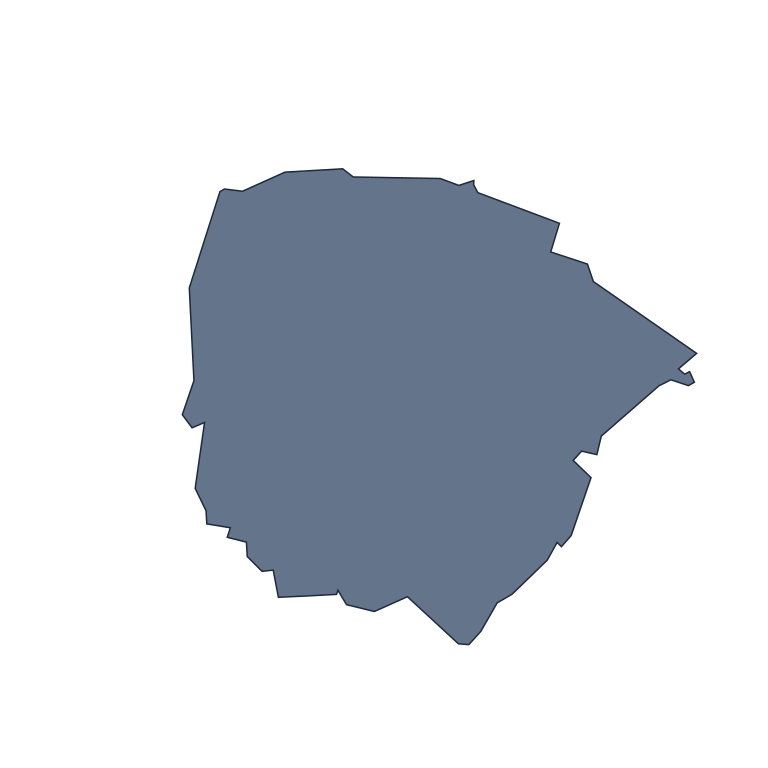 Cumberland, Tennessee, United States of America, rotated 217°
{"feature_id": "52423323B38317111384008", "entity_name": "Cumberland", "entity_type": "district", "adm_level": 2, "iso_a3": "USA", "parent_name": "United States of America", "parent_adm1": "Tennessee", "projection": "equal_earth", "projection_center": [-85.048, 35.958], "detail": "fine", "context": "isolated", "style": "filled", "palette": "slate", "viewbox_px": 768, "rotation_deg": 217, "n_neighbors": 0, "source": "geoboundaries", "source_scale": "gbopen_adm2", "svg_char_len": 891}
<svg xmlns="http://www.w3.org/2000/svg" viewBox="0 0 768 768"><g transform="rotate(217 384 384)"><path d="M441.3,165.6L420.2,176.7L416.9,167.2L398.7,174.9L389.4,163.9L368.6,161.0L360.5,168.7L340.0,150.1L317.4,168.8L295.3,187.4L296.6,191.5L281.1,185.2L254.8,196.5L237.3,228.2L168.2,221.3L159.4,226.9L157.8,244.7L161.9,277.3L155.2,293.2L147.6,341.6L150.4,361.6L144.4,360.9L143.3,375.6L162.3,433.8L186.9,436.8L185.8,449.3L171.5,455.7L179.1,473.2L163.3,548.1L157.4,560.0L139.9,565.9L137.2,572.2L147.4,577.8L149.8,572.8L157.9,573.3L153.1,595.1L152.7,596.6L278.4,591.8L293.7,602.2L330.3,589.8L340.6,617.9L424.2,593.3L432.2,597.0L434.7,600.6L443.8,587.6L462.7,582.0L533.2,530.8L546.5,531.0L590.6,493.6L613.0,452.8L628.8,443.7L630.8,438.9L597.3,343.5L537.8,272.3L526.6,238.1L510.9,233.5L504.2,245.3L472.0,187.0L449.9,175.7L441.3,165.6Z" fill="#64748b" stroke="#1e293b" stroke-width="1.5"/></g></svg>